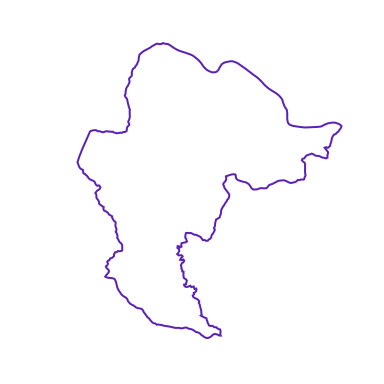 the district of Palmas, Tocantins, Brazil, rotated 110°
{"feature_id": "56859067B14401929035087", "entity_name": "Palmas", "entity_type": "district", "adm_level": 2, "iso_a3": "BRA", "parent_name": "Brazil", "parent_adm1": "Tocantins", "projection": "mercator", "projection_center": [-48.104, -10.192], "detail": "fine", "context": "isolated", "style": "outline", "palette": "violet", "viewbox_px": 384, "rotation_deg": 110, "n_neighbors": 0, "source": "geoboundaries", "source_scale": "gbopen_adm2", "svg_char_len": 6011}
<svg xmlns="http://www.w3.org/2000/svg" viewBox="0 0 384 384"><g transform="rotate(110 192 192)"><path d="M141.6,91.0L139.7,91.2L137.8,90.9L134.6,92.6L127.3,95.2L125.9,96.2L125.4,98.1L124.6,99.6L123.1,99.6L122.0,98.0L119.1,97.2L117.9,96.2L116.1,93.9L115.0,92.7L115.0,90.8L115.5,89.4L115.5,87.5L114.8,85.5L114.8,83.5L115.1,81.2L114.6,79.4L114.6,77.5L113.3,76.4L111.4,77.3L109.4,77.4L108.0,77.8L105.0,82.5L104.0,81.2L104.1,79.6L102.9,78.7L101.3,78.0L99.3,78.4L97.8,78.3L94.3,78.8L92.8,78.9L91.3,78.7L89.6,78.3L88.5,76.9L86.9,76.2L85.2,75.2L80.9,74.0L78.8,74.1L78.0,76.2L77.8,77.7L77.9,81.2L78.5,83.1L79.3,84.9L81.2,88.0L83.8,90.9L85.3,92.0L86.6,93.6L87.9,96.3L92.5,107.3L93.0,108.9L93.9,112.6L95.3,119.3L95.4,122.2L95.2,123.8L93.9,125.7L91.0,127.4L85.3,129.5L82.3,131.1L81.3,132.6L79.4,134.8L76.3,137.4L75.3,138.0L73.9,139.3L72.3,141.8L71.0,144.8L70.3,147.3L69.1,153.2L68.2,156.3L66.8,160.0L64.1,165.1L62.6,168.5L61.7,171.1L61.1,173.5L58.0,183.3L55.5,192.6L55.2,194.5L55.2,197.0L55.3,198.5L55.8,200.2L58.3,204.5L59.9,206.4L61.9,207.8L65.8,208.7L68.3,208.9L70.4,209.9L71.5,211.0L72.6,213.8L72.7,215.8L72.3,219.2L71.9,220.6L70.4,223.8L67.6,227.7L66.5,229.7L65.3,232.4L64.0,236.3L63.5,238.3L63.3,241.1L63.4,246.5L63.6,250.8L63.5,254.1L62.8,258.3L61.6,262.8L61.2,265.1L61.9,268.1L62.0,270.3L63.4,271.3L63.8,272.5L64.4,273.6L64.4,275.1L65.0,276.3L66.9,277.8L68.4,279.2L70.8,280.8L76.5,285.9L79.9,287.9L81.2,288.3L82.6,288.2L86.9,287.2L91.4,287.5L92.9,288.1L94.7,288.3L96.2,289.5L98.1,289.7L100.4,289.5L102.0,288.7L103.5,288.4L107.0,289.9L109.7,288.4L111.2,288.3L114.6,288.7L115.9,289.1L117.6,289.2L120.8,288.6L122.5,288.0L124.1,288.3L125.7,286.8L126.6,285.1L127.6,284.3L130.7,282.5L132.3,281.2L133.7,280.5L135.7,278.6L137.2,278.3L143.0,276.0L145.6,275.8L147.1,276.0L148.4,275.7L149.3,274.4L150.5,273.9L152.8,275.0L154.1,275.0L157.2,274.3L158.5,275.5L159.2,277.1L160.5,278.2L160.7,279.6L161.7,281.2L162.6,282.9L162.6,284.3L162.8,285.9L162.4,287.1L163.1,288.6L163.8,291.7L164.4,293.8L165.6,295.0L166.4,296.2L166.5,299.7L167.2,301.4L166.7,302.7L166.9,304.0L168.2,306.6L169.8,308.5L189.3,309.8L197.3,310.0L203.2,309.8L204.8,308.4L206.6,307.0L208.0,305.2L208.4,303.7L208.6,302.0L209.8,301.3L211.1,300.9L211.7,299.8L211.7,298.4L212.4,297.3L212.9,295.8L213.9,294.5L214.9,292.9L215.2,290.7L215.2,288.5L215.8,286.9L217.1,285.8L218.2,284.4L218.6,283.0L217.6,281.9L218.0,280.6L219.1,279.6L220.4,279.7L221.7,280.3L222.6,281.2L224.0,281.9L226.0,282.5L226.9,281.2L228.6,280.4L230.3,279.7L232.0,277.0L233.3,275.9L234.9,275.1L236.1,271.3L236.3,269.8L238.0,269.6L239.4,268.5L239.8,265.5L240.4,263.7L241.5,262.5L242.2,258.6L243.7,258.1L245.7,255.6L246.3,253.7L247.4,253.1L248.9,252.8L250.8,251.9L252.5,250.4L254.2,249.8L255.5,250.1L256.5,248.7L257.8,247.6L259.0,246.9L260.6,246.7L261.5,245.4L262.8,244.1L263.9,242.9L264.4,241.1L265.7,239.5L269.4,238.0L271.0,237.7L272.4,239.5L272.8,241.4L274.2,242.2L274.9,243.6L277.3,244.0L278.9,243.4L280.1,243.9L281.3,244.7L282.4,246.2L284.3,246.3L285.2,247.4L286.7,247.8L287.9,246.5L289.8,246.5L291.3,247.5L292.5,246.6L293.4,244.4L294.5,243.0L296.3,242.9L299.4,244.1L301.2,244.6L301.4,242.9L301.2,241.1L300.3,237.6L300.1,236.2L300.4,234.9L301.2,233.8L302.4,232.8L307.7,229.2L308.7,228.2L310.6,225.8L312.5,223.0L313.2,221.4L314.0,217.6L314.9,216.1L316.3,215.0L317.2,213.6L318.2,211.6L318.5,210.1L318.6,208.4L319.0,206.9L319.6,205.2L319.7,203.4L319.3,201.3L319.1,199.3L319.9,197.7L321.5,196.1L322.6,194.3L324.8,191.2L325.4,189.4L327.4,186.1L328.2,184.4L328.4,182.9L328.1,181.3L328.8,179.8L328.0,178.3L327.8,176.8L327.3,174.9L327.4,173.5L326.0,166.2L325.5,161.7L324.9,159.7L324.2,158.2L324.0,156.5L323.7,155.0L321.7,152.0L321.2,150.1L321.6,148.5L321.2,145.8L321.2,144.1L321.5,142.7L322.1,141.0L321.9,137.5L322.2,136.1L323.0,134.7L324.2,130.0L324.2,128.6L323.8,127.1L322.5,125.7L321.2,124.6L319.5,123.8L318.2,122.9L317.5,121.6L317.2,119.8L317.6,117.8L317.1,115.9L316.0,116.8L313.0,117.5L311.5,118.7L311.8,120.0L311.4,121.7L310.8,122.9L311.5,124.9L310.9,126.2L310.8,127.5L311.6,128.7L311.6,130.4L310.5,131.3L309.6,132.6L308.1,133.4L307.1,134.5L305.8,135.1L305.6,138.3L305.1,141.5L304.0,140.9L302.8,141.7L300.0,142.9L298.5,144.1L295.1,146.3L293.8,147.7L292.3,147.7L291.4,149.1L290.7,151.0L290.8,152.3L290.6,153.7L290.1,155.1L289.1,155.9L287.6,155.1L286.2,155.9L285.4,154.9L284.0,154.3L282.2,154.3L281.3,155.1L282.3,156.4L281.3,157.4L280.2,158.1L281.6,160.1L280.6,161.5L282.6,163.6L283.3,165.4L282.9,167.0L281.7,167.8L280.6,166.0L279.5,166.4L278.2,166.4L276.9,166.6L276.0,168.2L275.6,170.2L274.3,171.1L272.8,171.7L269.9,172.6L270.0,174.0L268.7,174.3L267.7,175.8L266.3,176.1L264.6,177.4L262.5,177.2L260.9,176.0L259.0,175.9L258.4,177.1L259.5,178.1L259.8,179.9L258.2,179.8L256.9,179.1L255.6,178.8L255.0,180.1L256.1,182.9L255.4,184.7L254.0,184.0L252.6,183.9L251.3,183.9L250.0,184.9L249.5,186.6L247.8,187.0L247.4,185.7L248.3,184.4L246.9,183.1L245.2,184.1L243.7,184.3L242.6,182.7L241.7,181.1L240.3,179.8L238.0,181.6L237.3,182.7L234.0,183.6L232.6,183.6L231.9,182.2L231.6,180.7L230.9,179.1L231.1,177.1L231.4,175.1L230.8,173.7L231.3,168.6L233.5,165.3L232.8,163.9L233.1,162.1L232.3,160.4L230.9,160.0L229.7,158.9L228.2,158.4L225.5,158.8L224.4,158.2L220.9,157.6L219.5,157.7L218.5,159.0L216.4,158.8L214.2,159.3L212.8,159.7L211.4,159.7L209.7,160.0L206.5,157.3L205.2,157.5L203.3,157.4L201.2,157.7L199.1,158.4L194.7,157.8L193.5,157.3L192.1,157.2L188.9,156.3L187.3,156.2L186.0,155.6L184.6,155.4L182.7,155.7L181.4,156.3L180.3,157.9L177.2,162.7L175.6,163.9L174.5,165.1L173.1,165.4L170.4,164.3L168.7,164.1L167.3,164.6L165.7,165.5L162.4,161.4L161.3,159.6L160.7,157.3L161.9,156.3L163.2,155.9L164.3,154.9L165.1,153.0L165.0,148.5L164.5,144.6L164.8,143.0L165.1,141.6L165.8,140.3L167.8,137.7L168.5,136.3L168.6,134.8L167.3,131.8L165.3,129.5L164.6,128.0L163.7,124.9L162.9,123.3L161.2,122.6L159.5,122.1L158.1,120.8L157.0,119.3L155.8,118.2L152.0,114.7L150.0,110.8L149.4,108.8L149.9,103.2L149.6,101.9L147.4,98.5L146.3,97.5L144.5,96.6L144.1,95.2L142.9,93.7L142.5,92.0L141.6,91.0Z" fill="none" stroke="#5b21b6" stroke-width="2"/></g></svg>